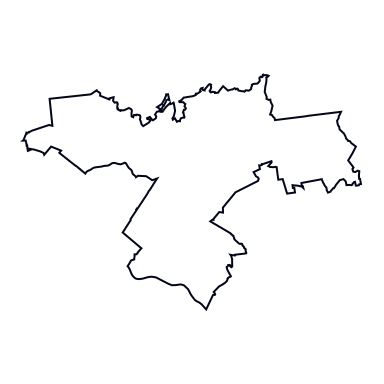 Cenu pag., Ozolnieku, Latvia (orthographic projection)
{"feature_id": "27541924B81611305918956", "entity_name": "Cenu pag.", "entity_type": "district", "adm_level": 2, "iso_a3": "LVA", "parent_name": "Latvia", "parent_adm1": "Ozolnieku", "projection": "orthographic", "projection_center": [23.864, 56.687], "detail": "fine", "context": "isolated", "style": "outline", "palette": "ink", "viewbox_px": 384, "rotation_deg": 0, "n_neighbors": 0, "source": "geoboundaries", "source_scale": "gbopen_adm2", "svg_char_len": 5922}
<svg xmlns="http://www.w3.org/2000/svg" viewBox="0 0 384 384"><path d="M130.5,219.2L130.7,220.1L122.7,232.5L141.4,248.3L137.6,252.6L137.6,253.1L136.5,254.3L134.6,254.3L134.5,257.2L134.1,259.0L134.2,259.4L131.2,260.4L130.1,262.1L129.4,263.5L127.6,266.2L128.8,267.7L129.9,269.8L131.6,274.1L132.8,276.0L134.7,277.9L135.9,278.6L137.6,279.0L138.9,279.1L142.5,278.7L148.1,277.1L151.6,276.7L156.0,277.4L168.6,283.9L171.9,285.2L175.4,285.1L180.8,284.4L183.9,285.3L188.1,289.2L191.1,295.0L194.8,299.9L196.6,301.2L199.4,302.6L201.4,304.1L206.2,309.4L213.0,295.0L214.8,294.9L215.2,294.3L214.5,292.9L213.7,292.0L219.1,286.4L223.1,284.2L223.3,283.8L224.3,283.4L225.4,282.5L226.8,281.1L227.8,278.7L227.6,278.6L228.1,277.8L229.1,277.2L230.1,276.9L230.9,276.3L227.4,269.9L226.6,267.1L228.3,265.7L228.2,265.1L229.5,264.9L230.2,265.3L230.2,266.2L231.3,267.2L232.2,266.6L232.1,259.1L231.1,255.6L230.5,254.8L234.7,255.5L234.8,254.9L235.2,254.9L235.2,254.7L243.9,253.7L246.2,253.3L246.3,253.0L245.4,249.8L245.7,249.3L245.4,248.8L244.1,247.9L243.9,247.4L243.9,246.8L243.8,246.6L242.4,245.5L242.4,244.7L242.1,244.0L241.2,243.6L240.3,243.9L239.4,243.8L235.8,240.7L234.5,239.3L234.1,238.5L234.2,237.9L233.1,235.9L232.1,235.0L232.3,235.0L230.2,233.1L210.3,221.4L212.4,219.7L212.7,219.6L213.5,219.9L213.6,219.0L214.0,218.3L219.3,212.0L223.0,212.6L222.9,207.6L235.5,192.3L257.9,181.0L258.7,178.8L258.0,177.5L256.0,176.3L253.6,172.1L259.9,169.1L259.2,165.4L260.2,165.5L261.8,165.0L261.8,164.1L262.5,164.2L271.4,161.2L271.6,162.4L268.4,166.0L268.8,166.1L269.4,166.7L270.1,167.0L273.7,167.2L275.3,166.9L276.6,167.1L278.3,179.7L282.7,179.1L287.1,193.6L295.0,192.5L294.3,187.8L292.9,187.9L292.5,185.2L297.9,185.7L301.8,186.6L303.3,188.0L302.9,186.2L301.8,185.5L301.4,183.0L321.8,179.2L321.9,179.9L322.6,181.3L323.1,182.7L323.6,183.3L324.9,185.9L326.4,187.5L326.8,190.3L328.0,192.6L330.3,191.8L330.3,191.7L333.2,188.2L334.0,188.2L336.1,184.7L339.9,180.1L343.5,179.1L345.7,181.4L346.5,185.1L349.3,184.9L351.3,185.2L352.3,184.8L352.5,183.9L354.2,182.0L355.0,181.8L355.8,185.6L356.0,185.7L358.8,185.3L359.2,184.3L361.0,184.0L360.0,178.9L359.1,178.8L359.0,175.6L358.9,175.6L359.3,171.2L357.7,170.7L355.3,172.0L353.3,171.7L352.4,169.1L353.5,167.6L352.7,166.3L348.2,160.5L348.5,159.9L352.2,153.8L355.9,146.6L351.3,143.1L349.9,141.2L347.9,140.8L347.5,139.8L346.1,138.5L345.5,136.5L343.9,133.4L342.9,132.6L339.7,129.5L339.5,128.8L339.1,126.5L338.2,125.6L337.4,122.8L337.1,120.6L338.3,118.9L338.7,117.5L338.8,116.0L339.5,115.2L341.0,111.8L307.5,115.9L305.6,116.3L275.0,120.1L274.5,118.0L272.8,116.5L272.2,115.2L270.1,114.5L271.1,111.9L272.6,105.7L270.7,101.9L270.3,99.6L268.8,99.9L266.5,98.9L266.7,96.9L264.7,91.9L265.4,86.3L266.3,82.0L266.5,79.2L266.3,77.5L267.9,76.6L268.6,75.8L266.6,75.1L264.1,75.2L263.3,74.6L262.8,74.9L262.8,76.3L262.5,76.8L261.9,77.2L261.3,76.7L260.6,76.7L259.4,77.9L259.4,78.6L259.7,79.8L259.7,80.8L259.6,81.3L258.6,82.2L258.0,83.1L257.3,83.6L253.8,83.9L252.1,84.5L251.8,84.9L252.0,85.6L251.2,87.5L251.2,88.4L250.9,89.3L248.7,90.7L246.4,90.3L245.5,90.4L245.1,91.2L244.4,91.7L243.6,91.3L241.8,91.2L238.8,90.6L238.3,90.4L238.0,89.3L237.5,88.7L237.0,88.7L235.9,89.3L235.7,89.1L235.1,88.0L235.3,87.8L232.7,89.4L230.2,89.8L228.0,90.6L223.1,86.2L219.6,90.5L218.1,92.7L215.0,93.0L215.0,92.2L212.6,91.8L210.8,92.4L210.5,92.2L209.7,91.1L209.7,90.6L210.5,89.8L211.2,87.4L210.8,85.9L211.1,84.7L209.8,84.1L208.7,84.7L206.7,87.1L204.6,89.7L204.6,90.4L202.9,90.0L202.3,88.6L202.5,88.0L201.2,88.3L200.2,89.6L200.3,91.0L200.5,91.2L199.9,91.5L200.0,91.9L197.1,93.8L196.7,93.6L195.8,93.7L195.7,95.1L192.7,96.2L183.9,97.6L183.9,97.8L183.0,98.3L181.8,99.9L179.2,101.3L179.5,102.1L183.3,102.2L184.5,103.5L185.3,104.0L184.5,106.4L185.9,108.3L184.8,109.9L183.9,109.8L183.0,112.3L183.6,113.0L183.4,113.5L183.7,114.0L183.9,115.2L184.5,117.1L184.2,117.7L182.6,117.7L181.1,118.2L180.3,119.3L180.0,120.4L180.0,121.2L178.1,121.0L177.0,121.8L174.9,118.3L172.9,119.7L172.4,118.6L173.9,116.0L175.1,110.8L173.7,102.8L173.6,102.6L172.3,103.5L170.4,104.2L170.1,103.0L165.8,107.2L164.4,109.0L162.5,111.8L160.6,111.8L160.8,109.3L161.4,109.7L163.3,105.4L163.8,105.7L165.8,101.9L166.3,100.3L167.8,99.5L169.4,100.2L168.0,94.2L166.1,94.5L166.2,95.0L166.0,95.8L164.6,99.0L161.9,103.9L157.1,107.1L159.3,108.4L159.9,111.1L156.9,111.7L155.0,114.6L156.2,116.3L156.1,117.3L155.8,118.3L152.9,120.3L152.2,119.8L149.8,116.9L147.0,118.2L147.2,118.9L150.2,119.8L150.4,120.6L148.7,122.7L143.2,126.1L141.6,124.4L140.5,120.7L139.9,119.4L140.4,117.3L140.1,115.6L139.9,115.3L137.5,114.7L136.7,114.7L136.0,115.3L135.5,114.9L134.0,115.0L133.2,117.2L131.6,116.5L131.5,112.7L131.8,111.8L131.8,110.1L131.3,109.3L128.9,108.0L124.2,110.2L122.9,110.4L121.4,110.2L120.6,110.9L119.7,110.5L119.9,110.1L119.1,110.1L117.7,109.4L117.4,108.7L117.9,108.2L117.2,107.3L117.4,105.4L117.8,104.0L117.4,103.6L117.3,102.5L115.9,102.3L114.7,102.7L113.1,100.9L113.6,97.2L109.5,98.3L109.6,99.4L109.5,99.5L100.1,95.7L100.2,93.2L99.5,92.6L96.7,90.9L96.6,90.4L91.0,94.2L90.4,94.4L49.6,98.8L52.4,125.8L49.0,125.0L31.9,130.7L30.0,131.7L29.1,131.9L28.8,132.6L26.5,132.6L26.6,133.8L26.1,133.8L23.4,140.3L23.0,140.6L25.7,140.6L26.5,144.1L26.6,145.6L27.2,145.5L27.4,148.4L27.9,150.9L30.7,149.7L29.9,148.8L34.3,149.6L40.2,151.4L43.4,152.9L43.7,153.2L44.2,154.8L51.1,146.6L61.1,150.6L59.3,152.8L59.4,153.0L75.6,165.8L75.8,165.7L77.9,167.4L78.1,167.7L79.6,168.7L80.8,169.8L80.7,169.8L85.3,173.6L86.5,171.9L87.3,171.2L90.5,169.8L92.7,168.3L94.2,167.6L95.8,167.3L101.4,166.6L104.3,165.9L107.8,165.6L109.6,164.9L112.0,163.3L113.5,162.9L115.5,163.1L117.9,163.9L120.4,164.3L121.8,164.0L124.7,162.7L125.8,163.1L128.7,167.8L131.2,169.9L131.6,170.5L132.0,171.5L132.8,174.1L135.2,176.0L135.8,176.7L136.0,177.2L138.0,175.8L146.2,176.2L152.2,180.2L157.1,178.5L153.7,183.7L152.7,185.4L149.5,190.4L148.9,190.8L147.4,193.7L137.6,208.5L137.1,208.8L136.9,208.6L136.2,209.6L136.6,210.0L130.5,219.2Z" fill="none" stroke="#020617" stroke-width="2"/></svg>